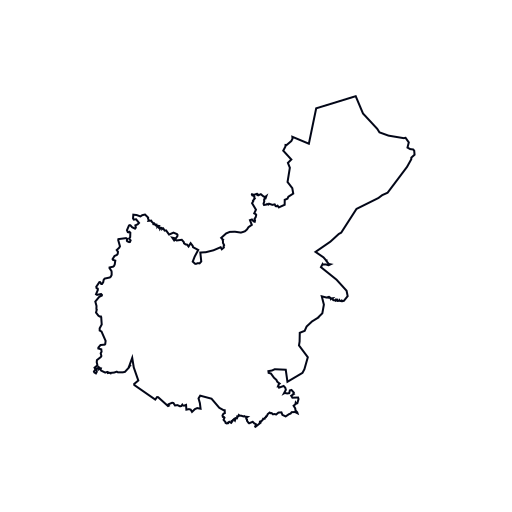 outline of Huitzuco de los Figueroa, Guerrero, Mexico, rotated 215°
{"feature_id": "50627088B46995962784697", "entity_name": "Huitzuco de los Figueroa", "entity_type": "district", "adm_level": 2, "iso_a3": "MEX", "parent_name": "Mexico", "parent_adm1": "Guerrero", "projection": "orthographic", "projection_center": [-99.245, 18.192], "detail": "fine", "context": "isolated", "style": "outline", "palette": "ink", "viewbox_px": 512, "rotation_deg": 215, "n_neighbors": 0, "source": "geoboundaries", "source_scale": "gbopen_adm2", "svg_char_len": 6091}
<svg xmlns="http://www.w3.org/2000/svg" viewBox="0 0 512 512"><g transform="rotate(215 256 256)"><path d="M369.4,162.6L369.0,162.0L365.8,160.8L365.1,160.1L363.4,157.7L363.1,155.8L363.4,154.6L367.0,150.7L367.1,149.1L366.1,146.8L366.1,144.7L366.7,144.3L368.6,145.2L369.3,144.8L369.2,139.2L368.1,138.2L366.9,138.5L366.1,137.5L365.1,132.9L363.9,133.0L361.1,136.0L359.8,135.7L359.6,135.1L361.0,132.6L361.5,126.5L358.0,123.6L356.3,121.0L355.7,120.8L354.6,117.9L350.8,116.7L349.2,116.8L348.4,117.5L347.7,117.1L343.1,111.4L342.6,107.1L341.3,105.3L339.2,105.5L330.5,100.2L329.0,97.4L329.1,96.6L332.3,93.9L332.6,90.6L332.1,89.8L329.2,90.8L327.6,89.0L327.4,87.2L325.3,85.4L325.2,84.2L326.6,79.5L325.6,77.7L323.2,75.5L324.2,71.9L322.5,71.1L322.5,68.4L321.7,67.9L319.8,68.0L320.0,69.8L322.1,72.2L321.1,73.0L321.3,74.7L320.6,74.8L319.8,73.6L319.6,74.6L318.6,75.0L318.3,73.8L317.1,73.3L312.7,74.0L311.2,75.8L310.5,75.9L310.1,75.3L309.1,76.3L307.8,76.5L307.9,77.0L305.4,79.1L303.7,81.4L302.4,81.5L298.4,84.3L296.9,85.9L296.1,91.9L296.5,92.3L296.2,93.1L296.6,92.6L296.7,92.9L296.2,94.0L297.0,94.2L299.0,101.6L292.2,94.6L281.0,86.5L282.4,81.3L281.7,80.5L256.2,80.6L256.1,83.7L255.2,84.2L242.0,82.6L241.6,83.3L242.6,83.5L242.7,84.2L240.5,87.7L239.3,88.2L236.6,87.1L234.8,88.8L232.0,89.3L231.1,90.3L231.1,91.9L230.4,91.6L229.1,92.1L227.9,93.9L224.9,90.2L223.1,92.1L221.4,92.7L219.0,91.6L218.2,95.6L216.9,97.7L213.8,99.1L217.6,103.3L221.4,106.4L221.6,109.6L210.6,113.6L199.0,110.6L194.2,111.1L193.2,111.7L191.4,109.4L192.2,108.1L192.0,106.2L190.9,105.2L190.0,105.7L189.1,105.5L188.6,103.2L185.7,102.4L185.1,101.8L184.0,102.0L183.0,103.0L183.4,103.4L182.8,104.9L180.6,105.1L180.6,106.3L181.2,106.9L180.6,107.4L180.9,108.3L180.4,109.5L178.9,109.1L179.3,110.4L180.2,110.6L179.7,111.6L178.5,112.1L178.8,113.3L179.4,113.8L178.7,114.5L178.9,115.9L177.7,115.8L176.8,116.6L174.2,117.4L173.8,118.1L172.9,118.1L170.7,119.3L171.2,118.0L170.7,117.1L169.6,116.9L168.9,115.9L166.3,115.0L165.7,115.0L163.6,118.3L161.3,117.9L159.7,118.2L159.2,117.7L158.7,115.0L156.7,121.8L157.4,121.8L157.8,122.6L156.8,124.0L156.5,126.1L156.8,126.8L155.6,127.6L155.9,128.7L155.4,129.6L155.8,130.3L155.3,131.2L155.7,133.2L155.0,135.6L153.8,135.6L153.1,136.3L151.4,136.0L150.0,137.3L148.6,137.7L147.8,140.6L145.5,142.5L143.2,141.0L139.7,141.6L138.2,145.5L137.3,146.7L137.2,148.5L134.5,150.6L131.8,151.0L132.6,151.6L135.1,152.2L136.5,153.7L139.3,154.9L138.7,157.1L139.3,158.5L138.4,158.1L137.7,159.1L139.1,163.2L140.4,164.2L144.9,160.8L147.0,161.7L145.9,164.5L146.4,164.5L146.7,165.8L150.1,166.6L151.2,165.3L150.1,162.7L151.6,161.3L153.9,160.3L154.3,159.5L154.8,163.5L156.5,164.9L158.8,165.4L161.6,161.4L162.6,162.1L163.2,161.7L163.8,164.2L163.5,165.0L166.5,165.2L168.2,166.2L171.5,166.6L176.4,168.3L178.6,167.5L179.8,168.8L177.2,171.4L175.7,174.0L166.4,179.9L158.1,171.0L150.9,186.9L151.4,191.0L155.5,202.8L169.5,207.4L171.2,210.9L176.1,218.2L173.2,222.6L174.1,227.3L172.6,234.5L169.6,241.5L169.8,241.7L168.8,247.1L172.5,255.1L179.0,260.7L174.4,262.4L172.8,264.4L171.8,264.4L171.9,263.9L171.2,264.3L170.1,263.7L170.1,264.3L168.9,265.4L169.0,264.6L167.3,264.2L165.9,264.9L165.8,265.4L165.0,265.1L164.6,266.1L165.1,266.5L164.6,266.8L164.2,265.9L163.3,266.0L162.5,266.8L162.4,267.7L161.7,267.3L159.9,268.1L160.0,268.7L159.3,268.6L158.3,269.7L157.9,275.7L161.9,279.5L176.5,282.8L196.4,284.1L196.8,287.5L196.4,287.3L193.9,289.2L191.3,290.0L190.2,291.9L191.8,291.2L195.5,292.3L195.7,292.9L196.4,292.7L199.9,293.6L209.6,293.5L203.3,310.4L200.8,321.6L199.6,324.0L200.7,352.2L189.0,373.7L187.5,378.3L184.5,383.3L183.4,415.6L184.3,424.3L185.2,425.7L184.2,429.9L186.8,433.0L188.4,433.4L191.0,432.0L194.1,431.7L196.0,436.7L201.3,438.6L202.5,437.3L216.5,430.6L225.8,428.1L229.6,429.7L250.1,434.1L266.0,444.1L291.4,411.5L277.1,378.3L294.6,374.5L293.4,373.1L293.0,370.4L294.6,364.4L295.5,363.9L294.7,362.6L294.1,357.9L282.4,355.3L283.3,350.6L278.9,347.7L272.6,334.7L265.2,332.4L261.3,328.5L263.5,323.1L263.1,321.0L264.7,318.5L261.9,314.4L265.2,308.9L267.2,309.6L267.8,308.4L268.5,308.1L270.3,309.0L271.9,307.3L275.3,306.3L275.3,305.3L276.7,305.0L276.7,304.4L278.7,302.4L279.8,303.1L280.6,305.6L281.6,306.6L281.9,307.9L281.2,308.5L281.9,311.0L282.4,309.5L284.1,309.1L287.5,309.4L288.9,307.1L289.7,307.4L289.6,306.8L290.1,306.7L291.1,307.2L292.8,304.9L294.7,304.3L294.6,303.9L293.7,303.5L292.4,304.0L291.1,303.5L290.5,302.3L290.0,302.3L290.2,299.6L289.7,299.3L289.5,297.0L282.6,293.9L281.9,289.9L280.0,290.1L279.4,289.8L278.5,287.5L278.5,285.6L277.1,284.5L276.7,283.3L277.8,283.0L280.3,283.6L281.5,281.9L277.3,279.1L278.7,275.3L278.6,272.6L279.2,270.0L280.3,268.4L281.8,266.5L287.2,263.8L291.3,260.7L293.4,257.4L294.9,250.9L292.7,250.5L292.9,250.2L291.7,249.4L290.6,247.8L288.3,246.6L288.2,245.5L287.2,244.5L287.9,241.9L290.0,242.9L294.1,236.3L299.3,230.3L303.6,226.9L297.7,220.1L298.0,217.6L299.5,216.8L300.7,215.1L301.4,214.7L304.6,215.1L305.9,220.4L306.8,227.8L312.6,227.1L313.7,228.0L316.9,229.0L316.7,225.1L319.0,225.8L320.3,225.1L322.2,225.1L323.2,226.0L326.1,226.7L329.9,223.2L331.5,223.2L331.9,221.8L335.1,223.0L332.2,224.2L331.8,224.8L331.8,227.2L332.4,228.3L333.3,228.6L337.0,227.8L339.5,223.7L344.3,225.4L345.4,224.4L347.8,225.4L348.3,224.3L348.7,225.0L350.2,224.6L350.2,223.2L350.8,223.8L351.4,223.3L352.4,223.7L352.6,225.0L353.8,224.4L353.8,223.5L354.4,224.2L355.1,223.6L356.1,223.7L356.1,224.3L356.8,223.9L357.7,224.2L357.7,223.5L358.3,223.2L359.0,224.0L361.2,224.3L362.1,224.9L364.3,223.1L364.5,224.0L365.9,224.7L366.4,225.6L370.7,226.3L372.6,224.2L373.4,222.1L377.2,221.1L380.2,219.5L378.3,216.3L377.0,215.7L375.3,217.3L370.8,216.0L371.1,214.1L372.4,211.9L370.7,210.3L370.8,209.0L374.0,208.5L376.5,209.1L377.4,208.6L377.5,207.9L376.5,203.1L374.7,202.0L373.9,202.3L373.6,203.2L372.3,203.0L369.9,199.3L369.9,197.4L367.7,196.9L367.3,195.2L367.9,194.6L369.9,194.2L370.5,194.4L371.5,196.2L372.7,196.1L378.4,190.9L378.0,190.0L373.0,185.9L372.8,184.4L373.5,181.0L371.5,180.3L370.5,178.4L370.6,177.0L371.9,174.9L371.7,171.2L370.9,170.8L368.6,171.5L366.9,168.1L366.6,166.4L366.9,165.3L369.4,162.6Z" fill="none" stroke="#020617" stroke-width="2"/></g></svg>